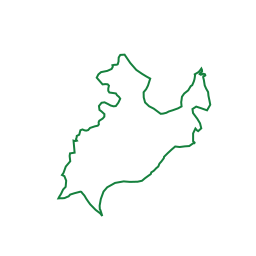 the district of Ughelli South, Delta, Nigeria, rotated 66°
{"feature_id": "59680162B30773939854921", "entity_name": "Ughelli South", "entity_type": "district", "adm_level": 2, "iso_a3": "NGA", "parent_name": "Nigeria", "parent_adm1": "Delta", "projection": "robinson", "projection_center": [5.889, 5.347], "detail": "fine", "context": "isolated", "style": "outline", "palette": "green", "viewbox_px": 256, "rotation_deg": 66, "n_neighbors": 0, "source": "geoboundaries", "source_scale": "gbopen_adm2", "svg_char_len": 2468}
<svg xmlns="http://www.w3.org/2000/svg" viewBox="0 0 256 256"><g transform="rotate(66 128 128)"><path d="M161.8,217.2L163.0,219.0L164.0,220.2L164.8,218.0L165.4,216.8L166.2,214.5L166.2,213.0L166.2,211.5L166.3,210.1L165.3,207.9L165.8,203.5L166.8,197.4L167.4,196.6L168.8,196.3L172.0,195.3L175.6,194.9L178.9,194.3L182.3,193.6L189.6,190.9L194.7,188.1L195.1,188.0L197.9,187.3L191.7,186.6L190.8,186.8L187.4,185.5L181.8,181.7L176.1,176.2L173.7,171.1L173.2,165.3L172.9,162.2L175.0,153.7L178.0,148.2L181.0,141.0L181.9,136.7L180.8,132.9L179.8,128.2L179.4,126.0L178.0,124.8L177.6,122.0L176.7,119.7L176.3,118.9L175.5,116.0L173.3,113.7L172.1,111.0L170.1,107.5L169.0,106.8L167.2,102.1L165.4,96.8L164.1,92.4L166.4,88.5L167.9,83.5L169.4,79.4L168.6,75.3L168.5,74.7L168.9,73.6L168.5,73.2L168.4,73.1L166.6,73.9L159.4,70.7L155.9,66.6L158.3,65.9L159.4,65.2L158.1,61.2L153.0,60.3L147.4,61.0L146.3,61.3L140.8,62.5L136.9,61.4L136.8,60.7L136.2,57.0L140.0,52.8L140.7,52.1L144.0,48.6L140.2,43.4L136.4,42.5L131.3,41.4L127.7,40.2L123.9,40.6L120.3,40.6L116.2,39.5L115.1,39.2L113.4,38.9L112.0,38.6L111.3,38.0L111.6,37.0L111.4,36.0L110.3,35.8L109.3,36.8L109.0,37.8L109.0,39.8L107.9,40.6L107.3,39.6L106.6,37.4L105.1,36.8L103.5,36.8L105.0,39.3L105.7,41.4L106.1,45.2L107.1,45.3L108.9,46.4L110.4,47.4L112.2,48.9L115.0,51.9L115.3,53.7L118.1,57.7L119.4,62.7L121.4,66.0L124.2,67.7L126.0,68.9L130.1,70.3L130.4,74.4L130.1,78.3L130.0,79.7L129.5,84.1L129.7,86.8L129.1,90.2L128.3,92.4L120.8,96.6L116.7,99.9L111.6,102.0L106.5,101.2L101.7,99.2L99.9,95.6L97.3,92.4L94.8,90.2L91.9,87.6L88.5,90.2L84.3,93.1L78.3,96.8L69.5,99.5L59.6,101.3L58.1,105.3L59.8,107.8L61.7,108.8L63.4,109.6L65.6,111.5L65.6,112.6L64.7,114.9L64.3,116.7L65.9,117.0L67.4,119.0L67.4,123.7L66.0,129.9L67.0,133.3L69.3,136.1L77.8,133.5L78.7,130.8L79.8,128.8L81.6,128.2L83.8,129.9L86.0,130.9L88.0,130.6L89.1,128.8L91.5,125.0L93.6,124.7L95.9,123.6L98.1,123.2L101.0,126.6L103.0,130.2L102.3,132.4L100.4,134.7L98.0,136.5L95.0,139.0L94.2,141.9L96.1,145.6L99.9,146.7L102.0,145.5L105.7,143.9L108.0,145.0L109.1,147.3L109.7,151.3L110.8,152.5L112.9,153.2L113.6,154.7L113.0,157.6L112.5,162.6L113.7,165.3L113.4,167.2L112.5,168.6L110.8,170.2L110.7,172.4L114.3,175.3L114.4,178.0L115.8,178.8L117.1,180.1L118.8,179.8L118.6,180.9L118.2,182.0L117.4,182.9L128.8,186.8L127.6,191.3L129.8,192.7L134.9,194.3L137.9,200.5L142.8,205.2L144.1,207.4L146.1,205.7L151.0,205.9L156.4,208.9L157.8,212.3L160.9,215.9L161.8,217.2Z" fill="none" stroke="#15803d" stroke-width="2"/></g></svg>